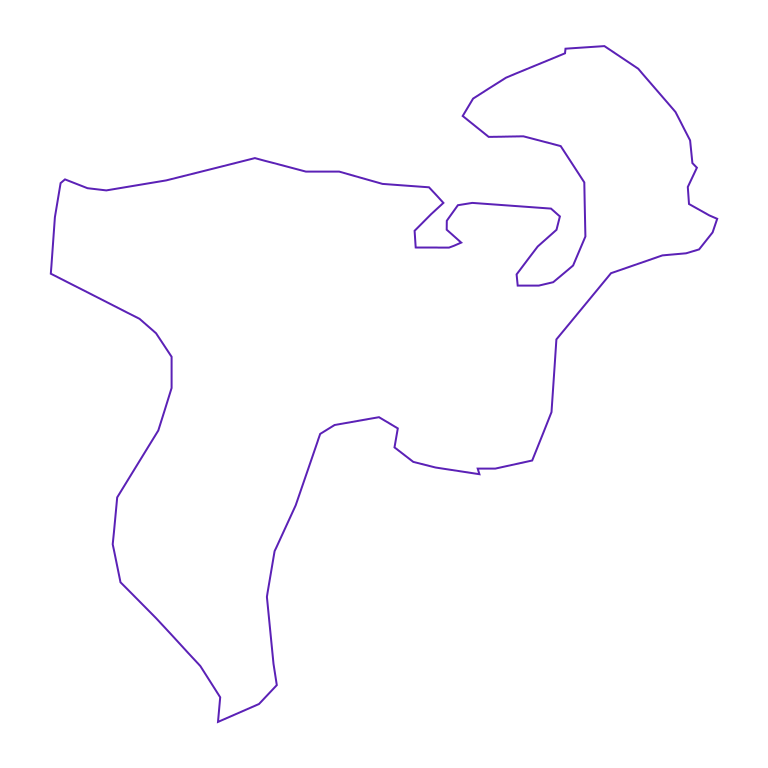 Zoe-Gbao, Nimba, Liberia
{"feature_id": "62588387B27641742881305", "entity_name": "Zoe-Gbao", "entity_type": "district", "adm_level": 2, "iso_a3": "LBR", "parent_name": "Liberia", "parent_adm1": "Nimba", "projection": "albers", "projection_center": [-8.687, 6.996], "detail": "fine", "context": "isolated", "style": "outline", "palette": "violet", "viewbox_px": 768, "rotation_deg": 0, "n_neighbors": 0, "source": "geoboundaries", "source_scale": "gbopen_adm2", "svg_char_len": 1920}
<svg xmlns="http://www.w3.org/2000/svg" viewBox="0 0 768 768"><path d="M479.4,474.2L477.7,468.6L492.0,468.6L495.3,468.6L505.3,466.4L532.2,460.5L543.4,432.6L551.5,412.1L554.6,366.4L556.4,339.4L578.1,313.1L611.0,273.2L662.4,255.4L669.0,254.8L686.1,253.3L699.1,249.4L712.6,232.4L717.2,218.8L709.3,215.4L689.0,204.0L687.8,187.0L696.9,167.7L692.4,163.1L690.1,140.4L683.9,128.4L680.5,121.7L675.5,112.0L670.0,105.6L642.6,73.9L638.3,68.8L634.0,65.9L604.4,46.1L569.8,48.4L565.5,48.7L565.0,53.3L562.6,54.3L515.5,73.7L506.0,77.7L488.4,88.8L473.1,98.6L462.7,116.0L488.7,136.9L502.2,136.7L506.5,136.6L523.3,136.3L531.4,138.4L560.7,146.1L574.5,167.3L584.3,182.4L584.7,203.3L585.4,236.5L573.1,265.5L564.7,272.6L553.2,282.2L538.8,285.6L517.7,285.6L516.6,274.4L529.4,257.4L537.7,246.5L556.5,229.8L559.9,216.4L558.7,215.4L551.0,208.6L497.2,204.7L472.3,202.9L457.9,205.2L448.3,218.6L446.8,220.8L446.7,229.7L461.2,242.6L453.9,245.8L449.0,247.6L415.7,247.5L415.5,244.6L414.6,230.8L431.3,214.0L443.4,202.9L436.4,195.2L429.0,187.3L404.2,185.5L382.5,183.9L379.0,182.9L354.6,176.0L339.2,171.6L338.4,171.6L305.9,171.6L287.8,166.8L271.5,162.5L265.6,161.0L254.9,158.1L215.3,168.1L171.0,179.2L166.2,180.4L146.4,183.7L106.3,190.4L87.5,188.2L65.0,179.4L60.6,183.1L54.9,217.2L51.4,266.1L50.8,273.7L94.1,295.7L127.6,312.8L139.5,318.8L156.1,333.3L157.0,334.7L171.6,356.8L171.6,363.1L171.6,388.0L164.7,410.2L158.3,430.5L148.2,446.9L117.2,497.4L115.8,512.4L113.9,532.6L113.1,540.4L112.7,544.3L113.9,549.9L120.5,582.3L128.0,589.8L155.9,618.0L171.8,635.1L188.2,653.0L200.3,666.0L220.2,697.3L218.0,721.9L259.0,704.0L270.5,691.8L276.8,685.1L273.5,663.8L270.3,631.4L266.9,596.9L267.6,592.4L274.6,551.1L276.1,548.0L281.2,536.9L295.7,505.3L307.9,469.8L317.5,441.8L318.2,439.6L320.2,433.9L334.6,425.0L368.6,419.0L379.0,417.2L397.8,428.4L394.5,447.4L405.4,455.8L413.3,461.9L435.5,467.5L444.6,468.9L479.4,474.2Z" fill="none" stroke="#5b21b6" stroke-width="2"/></svg>